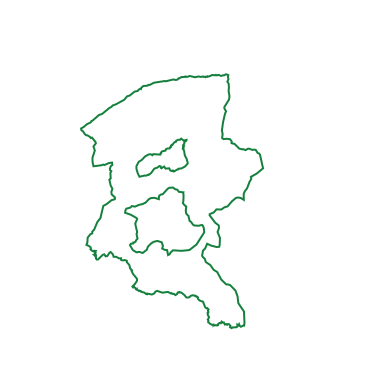 outline of Minahasa, Sulawesi Utara, Indonesia, rotated 220°
{"feature_id": "22746128B63895215577583", "entity_name": "Minahasa", "entity_type": "district", "adm_level": 2, "iso_a3": "IDN", "parent_name": "Indonesia", "parent_adm1": "Sulawesi Utara", "projection": "albers", "projection_center": [124.81, 1.242], "detail": "fine", "context": "isolated", "style": "outline", "palette": "green", "viewbox_px": 384, "rotation_deg": 220, "n_neighbors": 0, "source": "geoboundaries", "source_scale": "gbopen_adm2", "svg_char_len": 6042}
<svg xmlns="http://www.w3.org/2000/svg" viewBox="0 0 384 384"><g transform="rotate(220 192 192)"><path d="M176.9,81.3L175.9,81.0L175.6,81.7L175.4,81.4L174.9,82.0L173.7,82.1L172.7,81.6L172.3,82.1L172.2,81.6L170.2,81.8L170.3,81.4L170.1,82.1L169.0,82.1L169.0,82.6L167.1,83.2L166.6,82.9L164.2,84.2L162.0,84.4L161.2,85.2L160.9,84.8L162.2,84.1L160.8,84.7L159.7,86.2L156.9,87.6L155.7,90.0L156.0,92.0L155.1,93.9L150.0,95.8L146.2,100.0L143.8,100.5L143.6,99.7L143.7,100.5L142.9,100.7L142.8,101.3L141.1,101.6L140.4,102.3L138.4,102.4L137.8,104.3L138.1,105.2L137.6,105.3L138.1,105.2L138.2,106.2L137.3,107.3L137.0,107.0L135.5,108.1L131.3,108.2L129.0,107.6L128.0,107.9L126.6,109.3L126.4,110.2L127.1,110.4L126.4,110.3L126.3,111.5L125.1,113.3L124.2,114.0L121.8,114.5L122.0,114.9L119.7,115.1L118.9,114.1L116.6,113.7L113.2,115.0L112.1,114.8L112.0,115.3L112.0,114.4L107.8,112.2L106.1,112.2L105.6,112.9L103.8,112.7L103.7,111.6L102.7,110.8L102.5,109.9L102.1,110.1L101.8,108.9L100.6,107.8L98.4,107.1L97.9,104.4L96.9,104.2L96.0,102.7L93.0,102.7L91.6,103.0L90.3,104.1L90.0,103.8L90.0,104.3L89.1,104.1L88.0,105.5L86.9,105.9L86.5,106.9L87.1,107.5L86.8,109.2L85.5,110.1L85.9,110.9L85.2,111.4L85.5,111.8L84.3,111.8L83.8,112.5L81.6,111.6L80.9,112.8L79.8,112.8L79.7,113.8L78.7,114.5L76.3,114.1L76.0,112.9L74.1,113.2L73.8,114.4L70.9,117.1L70.8,118.3L72.0,119.6L70.8,119.8L71.0,121.0L69.3,120.1L67.9,120.2L66.8,122.9L66.2,123.2L67.7,125.5L75.3,133.8L85.0,136.6L90.0,141.3L95.3,144.4L102.8,145.2L105.0,144.4L106.4,143.2L113.3,143.7L121.2,146.9L125.4,146.3L131.1,147.8L136.4,147.2L139.2,149.0L142.2,149.2L143.3,149.7L145.9,154.2L145.6,157.1L147.1,162.1L143.2,163.1L137.7,165.7L135.9,167.6L136.8,169.3L141.1,174.8L146.7,177.8L148.3,182.0L150.1,183.6L154.6,183.4L163.6,185.5L164.2,186.5L162.2,190.3L162.1,194.4L158.2,197.5L157.4,201.0L155.5,203.8L155.4,210.7L154.5,215.8L152.9,217.6L150.7,218.8L147.3,219.3L151.2,223.8L152.0,226.5L152.2,230.3L154.5,236.9L154.9,239.5L155.4,240.6L156.6,241.4L154.2,247.9L152.8,255.8L163.9,264.3L165.3,264.6L166.9,264.1L170.1,265.2L171.6,264.5L172.9,263.0L176.1,261.9L177.0,261.0L177.9,258.5L180.2,257.8L180.7,257.1L183.7,255.6L190.2,256.2L193.1,254.8L194.0,256.2L196.8,256.9L199.7,255.0L201.8,252.8L203.6,252.7L205.8,256.1L208.6,258.3L213.0,265.3L217.0,273.1L217.8,275.7L220.8,276.8L221.8,277.8L223.1,286.7L224.9,289.5L228.7,292.7L231.3,296.3L233.8,298.7L235.8,299.2L236.7,302.0L238.5,303.2L239.3,304.9L240.5,304.6L241.7,303.9L242.5,301.8L243.1,301.6L244.3,299.6L246.9,298.8L247.8,297.4L249.1,297.1L249.4,296.1L251.8,294.6L252.4,292.9L254.2,290.2L254.6,290.4L255.3,288.8L256.0,288.9L256.9,287.7L257.8,287.6L259.2,285.8L261.2,284.8L263.4,281.9L268.3,279.4L270.0,276.7L271.4,276.3L271.4,275.6L274.0,273.2L274.9,270.6L275.4,270.4L275.4,268.8L276.0,267.9L277.1,266.9L278.5,266.4L283.3,259.9L284.2,259.5L291.5,251.1L293.1,247.0L294.3,246.0L294.4,244.9L297.4,241.9L297.8,239.6L297.3,238.0L298.0,237.9L298.6,236.1L298.6,234.4L300.5,232.0L301.7,225.8L303.2,223.7L303.2,219.2L306.6,210.3L308.4,207.2L308.4,205.4L309.3,203.4L311.0,194.1L312.8,191.1L314.1,182.6L314.6,181.9L314.4,180.0L316.0,176.6L316.8,172.0L317.8,169.4L316.6,168.3L314.4,168.4L311.6,167.5L309.7,167.4L308.4,168.2L305.6,168.6L304.3,168.3L303.6,169.4L298.0,168.3L296.9,167.4L296.8,163.6L293.1,161.3L290.3,154.3L287.5,151.1L284.0,148.4L278.6,154.2L277.7,155.9L276.4,156.4L274.3,160.7L272.2,163.1L270.4,161.6L270.9,159.6L269.8,156.9L268.9,156.1L267.2,156.1L266.9,154.3L263.0,150.1L263.2,148.3L258.5,144.7L254.9,143.2L253.9,140.3L252.0,138.5L247.8,138.4L246.6,137.3L246.6,136.6L248.4,134.0L249.5,128.3L251.0,124.3L245.4,113.2L245.2,108.2L242.8,100.4L242.9,97.5L241.8,96.2L242.7,94.4L242.6,90.0L239.8,86.2L238.8,83.6L236.7,84.3L234.2,84.5L233.1,83.7L233.0,82.9L231.2,82.7L229.6,83.0L229.3,84.0L227.8,85.0L227.6,83.9L226.9,83.6L227.2,82.8L226.0,82.4L226.8,80.9L225.6,81.0L225.4,81.7L224.6,81.5L224.8,80.6L223.6,80.4L223.0,79.4L221.4,79.1L220.6,80.0L220.0,86.6L219.1,87.9L216.8,87.2L215.7,88.6L216.2,92.5L215.8,93.7L212.6,93.4L210.4,92.0L208.4,93.6L205.2,94.3L203.8,95.6L203.1,94.6L202.3,94.4L200.8,95.3L199.9,96.6L197.7,97.4L196.7,96.3L193.0,95.8L190.5,93.8L187.6,93.4L187.7,92.8L184.8,91.4L178.2,90.1L177.0,88.5L176.6,84.6L176.9,81.3ZM200.0,109.5L205.4,111.4L205.5,113.2L204.0,114.7L204.5,115.7L203.6,116.5L203.3,117.7L203.8,118.8L203.7,121.2L207.4,124.1L208.3,126.1L215.1,131.2L216.7,136.1L217.9,136.4L224.4,135.2L229.9,133.1L231.2,135.2L231.6,137.0L229.2,140.5L229.0,142.6L226.2,144.2L224.5,147.8L222.1,151.0L220.7,154.1L220.4,158.9L219.4,161.2L217.0,163.4L212.8,165.2L214.2,166.9L214.7,168.4L214.0,170.4L213.0,171.5L212.7,178.8L212.1,180.6L209.6,183.1L206.4,183.4L204.8,184.3L202.2,183.7L198.4,186.2L198.2,185.5L196.8,184.6L192.9,179.7L191.9,177.7L189.5,177.1L187.1,177.2L184.8,173.7L182.5,171.7L179.3,171.4L175.3,168.3L173.6,168.5L170.2,167.6L168.8,167.8L165.2,170.4L163.2,173.2L162.4,173.3L159.7,171.9L156.7,169.0L154.8,154.7L156.7,145.8L162.2,140.2L169.1,135.1L169.5,131.8L169.1,130.1L169.8,128.3L173.7,131.5L175.6,130.2L178.5,129.5L179.6,132.0L182.9,134.0L187.0,132.3L189.3,129.3L190.3,126.2L190.6,121.7L189.5,118.7L190.6,113.6L194.1,112.1L195.7,110.1L200.0,109.5ZM242.1,169.9L245.8,171.6L249.4,174.0L251.2,176.1L252.2,181.0L251.1,184.2L250.8,189.1L249.3,193.0L247.9,194.4L246.0,194.7L246.0,196.1L240.3,200.3L240.9,201.3L240.6,201.9L241.1,202.3L241.1,203.8L238.9,206.7L239.5,208.0L238.8,209.5L237.1,211.0L237.6,212.1L237.0,213.1L237.9,214.0L237.8,215.2L237.3,215.4L237.5,218.7L236.6,220.3L237.1,221.1L236.1,223.1L234.8,224.3L234.6,225.9L231.5,226.0L229.7,228.4L229.3,227.8L229.9,225.3L229.0,224.0L229.0,222.7L228.1,222.4L228.6,221.8L227.7,220.6L227.1,220.9L226.7,220.4L226.7,219.1L224.9,218.8L221.0,215.4L217.5,214.0L214.3,211.8L213.6,211.0L213.7,207.2L215.2,203.3L217.2,201.3L217.0,200.6L217.7,199.9L219.0,196.1L220.4,196.2L220.4,195.4L222.5,194.5L224.7,195.5L227.3,192.9L229.7,193.6L230.7,190.5L231.3,190.5L232.5,191.5L233.7,190.9L234.1,188.7L235.9,185.6L235.5,180.2L236.2,177.3L236.6,177.3L237.6,175.1L239.0,174.0L242.1,169.9Z" fill="none" stroke="#15803d" stroke-width="2"/></g></svg>